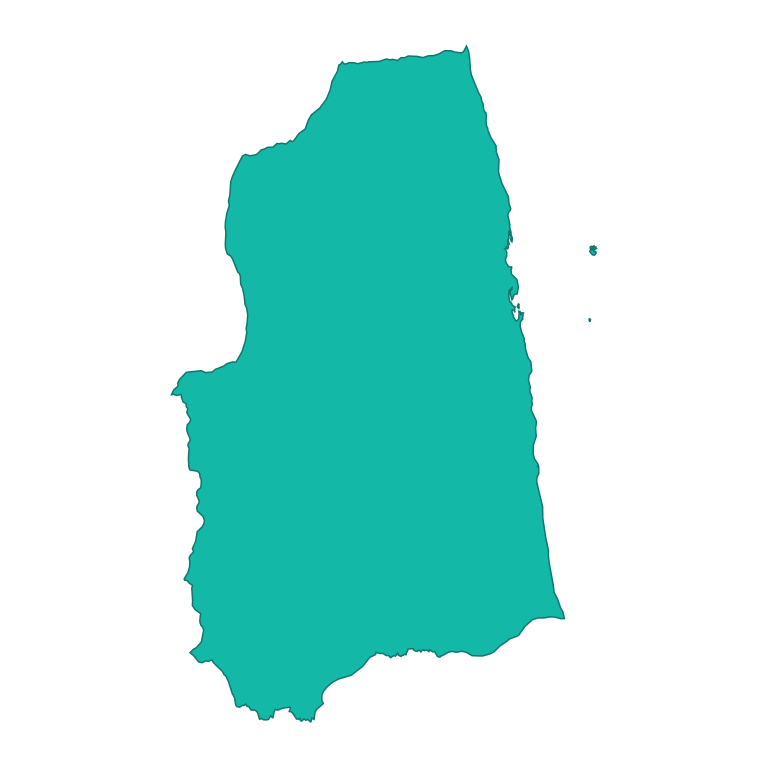 Afabet, Semenawi Keyih Bahri, Eritrea
{"feature_id": "51966322B88342452003506", "entity_name": "Afabet", "entity_type": "district", "adm_level": 2, "iso_a3": "ERI", "parent_name": "Eritrea", "parent_adm1": "Semenawi Keyih Bahri", "projection": "equal_earth", "projection_center": [38.928, 16.403], "detail": "fine", "context": "isolated", "style": "filled", "palette": "teal", "viewbox_px": 768, "rotation_deg": 0, "n_neighbors": 0, "source": "geoboundaries", "source_scale": "gbopen_adm2", "svg_char_len": 6096}
<svg xmlns="http://www.w3.org/2000/svg" viewBox="0 0 768 768"><path d="M522.7,312.7L522.0,313.6L521.0,312.5L521.4,314.1L520.8,314.5L520.6,312.4L519.9,311.4L518.8,311.2L519.1,314.0L518.7,318.8L517.2,320.6L515.9,321.0L513.5,317.2L513.5,315.3L512.5,313.8L512.0,311.5L512.3,309.9L513.9,310.0L514.9,312.5L514.6,309.4L515.2,307.0L512.7,305.5L510.7,302.0L509.6,301.2L508.8,295.7L509.1,290.6L511.9,287.8L511.8,289.5L510.6,290.2L510.0,292.9L511.9,299.7L512.8,298.7L514.0,294.6L517.2,293.8L518.4,286.8L516.8,279.4L511.5,274.1L511.0,270.1L511.7,268.1L511.6,266.9L509.4,267.0L508.3,266.3L506.4,263.2L505.4,260.3L505.6,258.6L506.7,256.0L506.7,252.9L506.2,250.7L504.6,248.6L505.6,248.3L506.3,246.9L506.9,248.6L507.7,248.9L508.5,247.1L507.5,241.4L507.7,240.8L508.3,243.2L509.1,243.8L508.1,240.1L509.1,238.0L508.7,236.7L508.9,231.0L509.7,231.2L510.2,232.5L509.9,235.0L511.3,237.5L510.6,239.3L511.0,240.8L511.9,241.7L512.4,239.3L512.4,238.0L511.1,235.1L511.0,232.2L509.6,227.1L509.9,224.8L507.8,215.3L508.5,212.5L510.4,209.9L510.7,208.3L509.0,203.7L508.4,196.7L501.9,183.3L499.2,174.9L498.5,171.5L499.0,159.7L496.1,151.4L496.5,150.2L495.8,146.9L496.3,146.3L491.0,137.7L488.0,130.7L487.7,128.1L486.6,126.1L486.0,121.1L486.4,115.5L485.9,112.9L484.6,111.6L483.6,109.1L483.0,103.3L482.1,102.4L481.0,97.1L478.6,92.8L471.4,75.0L470.4,70.0L469.6,57.9L468.5,51.2L466.5,46.1L463.5,51.7L461.3,52.9L455.3,52.1L450.6,50.7L444.4,50.8L439.5,53.7L433.9,55.6L428.5,55.8L422.9,57.6L417.3,56.4L408.2,56.0L404.8,57.7L401.0,57.7L397.4,60.5L392.7,59.3L390.4,59.8L386.3,59.0L379.4,61.4L369.0,61.8L366.7,62.4L364.3,62.0L358.0,63.7L353.4,62.7L348.9,62.7L346.2,64.0L343.8,63.8L342.3,61.8L340.3,64.4L338.8,65.1L337.6,71.0L332.0,81.4L330.2,89.9L326.3,99.3L319.9,107.9L311.4,114.9L308.5,119.8L305.1,129.1L299.2,133.3L293.7,140.7L292.2,141.7L290.3,140.4L286.0,144.0L281.4,143.2L279.3,143.8L276.9,143.5L273.1,147.1L267.7,147.3L264.0,149.2L261.3,149.8L257.1,154.2L254.9,155.0L250.0,155.8L245.5,154.4L242.4,156.1L235.1,170.5L232.3,176.9L230.7,182.2L229.9,194.7L228.5,201.2L229.3,205.4L226.9,213.1L225.4,222.1L225.2,227.3L225.9,232.4L225.3,244.2L225.5,248.0L226.9,253.0L227.6,254.2L230.9,256.2L232.6,259.1L237.7,272.0L239.2,273.4L240.3,275.8L240.7,284.2L242.4,287.8L244.1,295.2L245.0,304.2L246.7,308.3L247.7,314.5L247.1,323.4L246.2,328.2L246.7,332.9L245.1,342.0L242.0,351.6L236.0,362.3L232.5,361.9L226.9,363.7L223.6,366.1L215.4,369.4L212.3,372.0L205.5,372.6L201.2,370.7L186.4,372.3L179.7,379.2L177.7,383.2L178.1,386.0L173.6,390.1L171.5,394.7L173.1,394.3L177.0,395.4L181.2,394.5L181.6,397.7L183.1,402.0L185.9,403.5L186.4,407.1L187.8,408.3L186.8,412.7L190.7,419.5L189.6,422.4L187.3,424.7L186.7,429.1L187.1,431.5L190.1,439.0L189.9,441.2L188.5,442.9L188.0,444.7L188.0,446.2L189.1,448.0L188.4,458.7L188.8,466.4L189.4,469.1L190.0,470.0L196.8,471.1L198.6,472.0L199.7,473.8L200.1,477.5L201.0,478.8L201.3,481.0L201.0,486.3L200.6,487.8L197.9,489.9L196.7,492.0L196.8,495.4L199.3,501.2L198.7,503.4L197.0,506.1L196.8,508.6L197.3,511.1L203.0,516.4L204.4,520.2L204.0,523.3L202.3,526.7L197.2,531.7L195.6,541.5L192.4,548.6L193.6,551.9L190.5,555.1L189.2,557.7L189.9,562.5L189.5,567.1L187.8,572.9L184.1,578.9L184.8,580.3L187.2,580.5L189.3,583.2L192.5,585.3L191.8,588.1L192.6,600.2L192.4,605.6L195.3,609.8L200.6,613.6L199.8,620.7L200.2,623.2L200.9,625.1L202.9,627.6L203.6,630.5L201.3,642.1L196.3,647.7L193.4,649.3L190.0,652.7L193.6,655.6L198.7,661.9L199.9,662.3L202.2,662.7L205.9,660.8L208.2,661.4L211.8,660.0L213.7,662.9L222.4,671.4L224.1,674.7L225.9,676.1L228.4,681.4L232.1,693.1L234.5,697.8L235.7,705.0L237.2,706.7L239.8,707.2L242.2,705.3L243.8,705.6L245.7,704.1L247.1,706.4L248.9,706.7L251.1,710.1L254.6,710.1L256.6,711.2L257.8,713.2L259.5,719.3L261.3,718.6L263.7,719.8L266.8,719.9L268.4,719.4L270.8,715.8L272.4,717.7L272.9,717.6L274.2,711.8L275.2,709.5L278.0,710.1L282.9,708.1L290.0,707.2L290.5,707.9L289.2,711.5L291.1,711.8L292.9,713.4L296.5,719.0L298.6,719.2L300.1,718.3L300.4,720.7L301.6,721.1L304.0,718.9L305.8,720.3L307.8,719.5L310.6,721.9L311.1,721.4L312.0,718.1L314.1,719.4L314.9,713.0L315.7,710.8L317.0,709.1L323.3,703.6L321.8,700.5L321.9,695.0L323.3,691.6L327.3,686.7L332.0,682.6L338.1,679.2L351.5,675.1L363.0,666.0L369.9,657.3L375.5,654.6L376.1,652.4L379.4,653.4L382.9,653.5L386.1,655.5L388.8,655.6L389.8,657.1L390.9,657.7L391.9,656.6L394.2,655.7L395.5,656.1L397.4,653.2L398.2,653.9L398.3,655.3L401.1,656.4L402.1,655.3L403.4,655.3L404.4,654.3L406.1,654.7L406.4,652.7L407.5,651.3L408.0,649.1L412.8,648.6L413.3,648.8L413.5,649.9L415.2,650.9L416.9,651.4L419.4,650.1L420.9,652.0L422.4,649.7L424.7,650.6L426.7,650.0L428.9,651.6L429.8,650.0L432.6,651.8L434.8,651.9L437.5,656.5L440.0,657.2L440.6,656.0L441.9,655.9L448.0,652.5L452.0,651.3L456.2,652.3L461.8,651.3L466.5,652.4L472.1,655.7L482.3,656.0L489.5,654.1L493.6,652.1L500.3,645.6L507.2,641.1L509.0,639.2L517.7,635.9L518.9,634.9L524.7,626.7L532.3,619.7L538.1,617.9L544.0,617.9L549.0,617.0L554.4,617.0L560.7,618.6L564.4,618.7L562.9,611.9L560.7,608.1L557.5,598.9L554.1,592.4L553.2,584.7L549.3,563.6L548.4,556.7L548.4,550.1L545.7,537.6L542.8,518.2L542.6,506.7L536.7,481.9L536.9,477.3L538.8,473.7L538.7,466.8L537.9,466.5L538.6,466.3L537.5,463.3L534.5,459.0L533.2,453.9L533.4,444.9L536.2,436.5L535.6,428.1L536.5,422.3L535.9,420.0L531.7,411.3L531.1,408.6L532.3,404.1L531.7,401.2L532.2,397.9L530.0,391.7L529.8,389.4L530.5,388.1L528.5,380.0L529.2,375.3L531.8,371.3L530.8,361.6L528.3,358.2L527.7,356.4L525.6,349.2L525.1,343.5L524.2,341.6L524.1,338.1L521.3,331.4L520.1,325.6L520.4,322.0L522.9,318.9L522.3,318.1L523.0,316.2L523.0,313.6L523.5,313.0L522.7,312.7ZM592.8,249.8L590.7,247.8L591.0,246.5L590.4,246.7L590.1,247.8L590.9,250.0L589.8,251.0L589.9,251.8L592.4,254.8L594.5,255.2L596.0,253.4L596.0,252.1L595.5,251.4L594.2,251.5L594.1,249.9L592.8,249.8ZM592.7,248.4L593.3,248.1L593.8,249.1L595.0,249.3L596.5,248.6L595.8,247.9L595.8,246.9L594.1,247.2L594.0,245.8L592.4,246.6L592.7,248.4ZM518.8,308.5L519.2,307.4L518.7,305.5L519.1,304.4L518.4,303.9L517.2,306.6L518.8,308.5ZM589.7,321.4L590.2,321.2L590.5,319.5L589.7,318.7L589.2,319.0L589.1,320.6L589.7,321.4Z" fill="#14b8a6" stroke="#0f766e" stroke-width="1.5"/></svg>